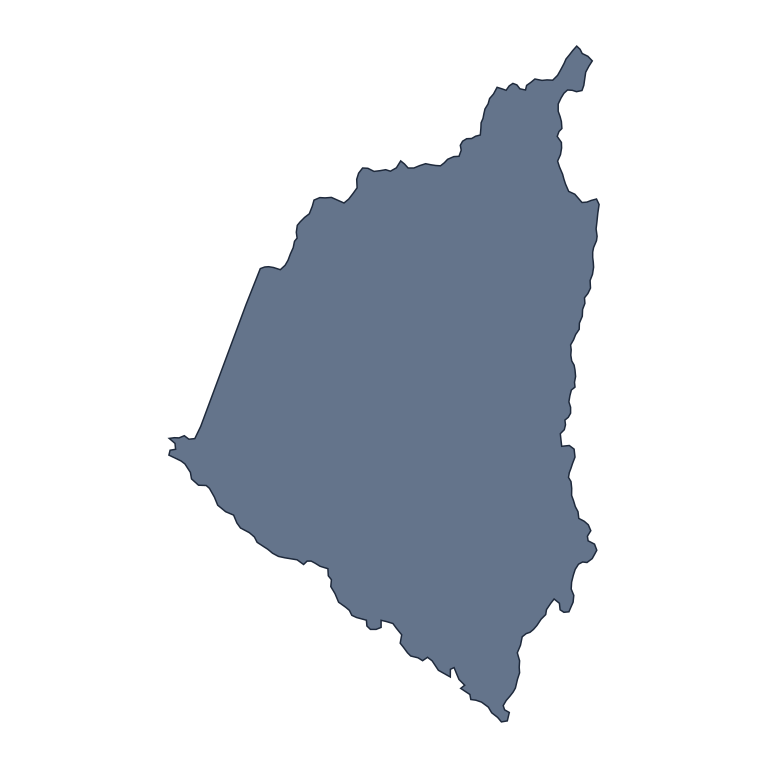 outline of Urandi, Bahia, Brazil
{"feature_id": "56859067B88876690482253", "entity_name": "Urandi", "entity_type": "district", "adm_level": 2, "iso_a3": "BRA", "parent_name": "Brazil", "parent_adm1": "Bahia", "projection": "natural_earth1", "projection_center": [-42.654, -14.73], "detail": "fine", "context": "isolated", "style": "filled", "palette": "slate", "viewbox_px": 768, "rotation_deg": 0, "n_neighbors": 0, "source": "geoboundaries", "source_scale": "gbopen_adm2", "svg_char_len": 3792}
<svg xmlns="http://www.w3.org/2000/svg" viewBox="0 0 768 768"><path d="M590.8,530.7L588.3,524.8L584.3,521.3L578.8,518.4L578.0,511.7L575.3,506.6L573.5,500.6L571.6,495.4L571.7,488.3L571.0,481.6L568.5,477.4L569.3,472.7L571.0,468.2L572.5,463.6L575.0,457.1L574.1,449.1L569.3,445.5L561.7,446.3L561.1,441.1L560.3,433.7L564.3,429.7L565.5,424.8L564.9,420.1L568.3,417.3L570.6,413.2L570.6,407.3L568.9,401.9L569.9,395.7L571.4,390.0L575.0,387.1L574.5,382.2L575.6,376.5L575.0,370.0L574.1,365.1L571.7,360.9L570.8,355.2L571.2,349.9L570.6,344.9L573.6,339.7L575.6,334.6L579.2,329.3L579.4,323.1L582.3,316.3L582.6,309.4L584.9,303.4L584.5,297.8L587.9,293.5L590.5,288.1L590.1,280.5L592.5,274.3L593.6,267.2L593.3,262.5L592.7,257.4L592.7,252.1L593.6,247.5L596.5,240.7L597.1,236.3L596.1,228.9L597.0,221.2L597.8,213.3L599.1,204.5L596.5,199.0L591.3,200.4L586.9,202.1L582.0,202.5L578.8,198.8L574.8,194.2L568.7,191.4L565.5,184.0L563.9,179.1L562.6,174.2L559.5,167.0L557.6,161.1L560.5,154.6L561.6,148.0L561.4,142.4L557.2,136.4L559.0,131.5L561.9,128.5L561.4,121.6L560.1,116.6L558.2,111.3L558.2,104.0L561.1,97.9L563.9,93.3L567.5,90.0L572.3,90.3L576.5,91.7L582.0,90.5L583.8,85.4L585.7,72.2L588.9,66.2L592.3,60.9L587.9,56.3L582.2,53.5L580.1,49.3L576.7,46.1L572.7,50.6L569.3,55.0L566.0,59.0L564.1,63.4L560.7,69.8L557.6,75.3L552.7,80.2L547.0,79.9L542.0,80.4L534.9,79.0L531.2,82.1L526.6,85.4L525.5,90.0L519.9,88.8L516.9,84.9L512.9,83.4L509.2,85.9L506.1,90.3L502.2,88.9L497.1,87.3L493.5,94.0L489.6,98.5L488.1,103.9L485.0,108.9L483.9,113.7L483.0,118.4L481.1,122.8L480.9,128.0L480.3,135.0L475.6,136.2L471.7,138.5L466.7,138.7L462.6,141.2L460.3,145.3L461.2,150.2L459.0,156.3L453.8,156.6L447.6,159.3L444.3,162.8L440.5,165.8L435.7,165.5L431.1,164.8L425.6,163.7L419.7,165.6L413.9,168.0L408.1,168.0L404.5,164.0L400.7,160.9L396.4,167.8L390.4,171.2L385.7,169.7L379.9,170.7L374.0,171.4L367.9,168.3L362.6,168.0L358.6,173.2L356.7,179.3L357.1,187.8L353.1,193.4L348.7,199.1L344.0,203.0L338.1,200.4L331.4,197.4L325.1,197.9L319.8,197.6L314.0,200.1L312.3,206.2L309.3,213.8L304.6,217.4L300.2,221.8L297.3,225.3L296.3,232.2L297.1,238.1L294.5,241.3L293.2,247.7L290.4,253.9L288.0,260.3L285.1,265.3L280.3,269.7L273.5,267.5L268.6,266.7L264.7,267.0L260.3,268.6L246.0,304.7L200.7,426.4L194.8,438.6L188.9,439.2L184.3,435.7L179.0,437.9L174.4,437.7L169.2,438.4L175.0,443.4L175.6,449.3L170.1,450.2L168.9,455.1L180.9,460.9L184.9,463.9L190.4,472.4L191.5,478.9L198.5,485.2L206.2,485.5L209.4,488.3L214.4,497.1L217.7,505.2L225.6,511.7L233.6,515.1L236.9,523.0L240.5,528.0L249.4,532.7L254.4,537.0L257.1,542.3L263.8,546.7L267.7,549.2L272.5,553.2L278.4,556.4L284.9,557.8L297.1,559.8L303.6,564.5L307.1,561.1L311.2,561.1L315.3,563.3L320.1,566.3L327.9,568.7L328.3,575.8L331.4,579.7L330.8,586.6L335.0,593.6L338.6,602.2L345.6,607.2L349.4,610.4L351.8,615.3L356.5,617.5L366.4,620.2L366.9,626.0L370.4,629.4L376.1,629.4L381.1,627.4L381.1,620.3L386.2,621.5L392.9,623.5L396.5,628.4L401.7,634.8L400.2,643.2L403.3,647.1L407.5,652.8L410.7,656.0L418.0,657.8L422.6,660.7L427.5,657.3L432.1,660.8L438.4,670.3L450.3,677.0L450.4,669.3L454.1,667.6L456.5,673.6L459.0,679.5L464.7,685.2L460.7,688.4L469.9,694.5L470.8,699.5L475.9,700.2L481.5,702.1L488.3,707.1L491.7,712.8L497.6,717.4L501.4,721.9L507.3,720.9L509.3,712.5L504.6,709.8L503.2,705.6L506.2,700.5L510.0,696.1L513.1,692.1L515.4,688.1L517.5,679.2L519.6,672.8L519.2,667.3L519.6,660.8L517.3,652.8L520.5,645.2L522.2,636.8L526.2,633.6L530.0,632.3L533.5,629.4L536.9,625.5L541.1,619.2L545.7,614.6L546.5,609.6L550.6,603.5L554.1,599.0L559.4,603.3L560.1,609.8L563.9,612.3L568.9,611.8L571.2,606.5L573.1,602.2L573.8,595.4L571.2,589.0L571.6,582.2L573.3,575.3L575.2,569.4L578.5,564.2L582.6,562.0L587.0,562.5L592.2,558.6L594.6,554.3L596.8,550.2L594.5,544.1L588.1,540.8L587.4,536.2L590.8,530.7Z" fill="#64748b" stroke="#1e293b" stroke-width="1.5"/></svg>